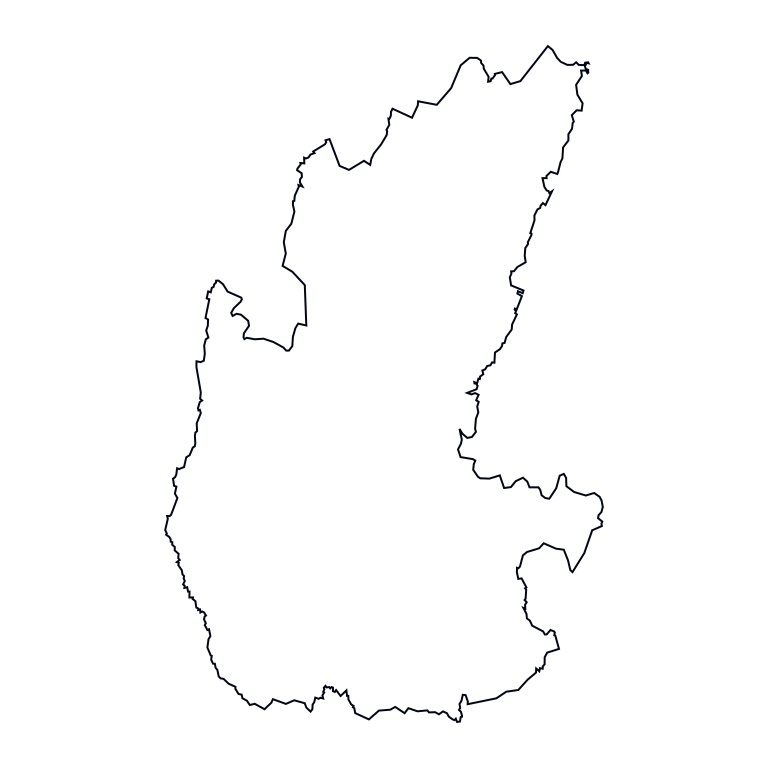 outline of Apatzingán, Michoacán, Mexico
{"feature_id": "50627088B48290747904109", "entity_name": "Apatzingán", "entity_type": "district", "adm_level": 2, "iso_a3": "MEX", "parent_name": "Mexico", "parent_adm1": "Michoacán", "projection": "equal_earth", "projection_center": [-102.377, 18.969], "detail": "fine", "context": "isolated", "style": "outline", "palette": "ink", "viewbox_px": 768, "rotation_deg": 0, "n_neighbors": 0, "source": "geoboundaries", "source_scale": "gbopen_adm2", "svg_char_len": 6085}
<svg xmlns="http://www.w3.org/2000/svg" viewBox="0 0 768 768"><path d="M572.5,572.1L584.3,553.1L592.2,530.3L601.9,526.0L601.4,523.8L602.3,521.6L598.0,518.1L598.6,515.1L601.4,512.1L602.8,507.0L601.6,500.6L599.7,496.9L594.2,493.0L585.8,495.5L574.1,492.0L566.4,486.2L566.1,477.8L563.8,473.9L559.7,475.7L556.2,488.3L549.3,498.7L545.2,498.0L541.6,495.2L540.2,489.8L538.4,487.3L529.5,487.3L527.3,481.6L523.0,477.7L515.7,481.2L510.9,487.1L504.1,488.0L499.8,475.4L489.4,478.6L480.3,478.3L478.0,476.8L473.2,469.8L473.8,464.2L475.3,460.6L472.8,459.1L460.6,457.1L458.0,449.4L461.0,443.6L461.8,439.6L459.5,428.9L462.6,433.9L467.3,437.9L471.9,437.0L475.9,431.9L475.1,428.7L475.9,418.9L478.3,412.4L477.2,406.5L478.7,401.9L476.2,400.2L478.6,394.8L475.1,393.1L471.4,394.4L467.2,392.9L476.6,389.2L477.6,385.8L475.8,383.4L474.5,383.4L474.3,382.1L477.1,383.3L478.4,378.7L479.8,379.0L480.1,376.5L483.3,374.2L482.4,370.5L485.2,369.3L487.2,366.0L490.4,365.3L492.1,362.4L494.4,362.7L495.0,352.5L499.9,349.2L502.0,346.1L502.4,343.4L504.6,342.9L506.2,337.0L511.7,329.5L512.1,324.5L516.9,314.4L515.2,313.1L516.1,311.0L514.6,309.6L515.0,308.6L516.6,309.7L521.9,296.1L517.4,293.6L518.0,291.2L522.7,293.2L523.5,290.5L511.1,285.4L509.8,277.3L511.4,273.7L511.1,271.4L514.0,271.2L517.4,267.0L525.7,262.2L524.7,255.9L525.3,248.1L528.1,243.9L527.8,242.3L531.4,235.0L531.5,233.6L530.3,233.1L534.5,220.3L534.4,215.5L537.4,209.5L540.2,207.9L540.6,205.7L542.9,203.1L545.5,205.1L552.0,191.3L549.4,193.1L548.5,191.1L546.6,190.4L544.4,186.9L542.5,178.1L546.6,178.1L546.5,175.9L550.8,171.8L557.3,174.0L558.0,172.3L560.6,162.0L562.4,158.5L563.1,147.4L568.4,140.5L568.4,134.2L572.0,128.8L572.7,123.1L573.8,121.6L571.8,115.2L576.6,110.3L581.6,110.6L582.6,103.3L577.4,94.7L576.1,84.8L581.9,76.0L581.1,70.6L586.0,70.5L587.5,73.3L588.3,72.6L588.1,69.8L585.8,68.9L584.9,66.2L586.8,62.8L588.6,63.3L588.1,62.3L585.1,62.7L584.6,64.7L582.9,65.1L578.8,64.9L576.1,62.3L573.1,64.8L567.4,64.9L560.7,61.8L557.1,57.9L552.6,50.0L547.9,46.1L520.4,81.1L510.4,84.1L502.1,72.1L494.8,73.9L495.0,75.1L492.6,78.5L491.4,78.5L490.6,81.2L488.1,81.7L488.6,76.8L483.8,68.7L483.5,65.6L481.2,63.0L480.9,60.5L477.2,57.9L469.6,57.8L460.7,65.3L451.2,88.0L436.8,104.8L418.1,101.3L417.8,105.4L412.0,117.7L392.5,108.7L391.0,111.9L390.8,115.9L389.3,119.0L388.4,118.7L389.3,124.8L386.5,129.9L387.2,131.3L386.6,135.2L381.1,144.4L373.9,153.5L371.3,159.0L370.2,164.9L364.0,160.8L349.0,169.9L339.6,165.9L329.5,139.1L325.5,140.3L326.2,142.2L325.1,144.2L313.2,151.5L314.5,153.1L310.6,154.5L308.4,157.5L305.9,158.5L304.1,157.7L304.3,163.4L300.4,163.0L300.7,164.4L297.4,168.7L297.1,170.2L301.7,173.3L301.9,177.0L300.1,179.2L299.9,182.5L302.4,186.5L298.5,185.1L298.9,186.5L294.8,195.7L294.3,200.9L293.1,201.1L292.9,204.8L294.4,211.6L291.3,223.8L285.8,230.9L283.8,242.3L285.8,253.5L282.6,265.9L292.3,271.7L304.8,285.1L306.3,325.5L298.2,323.6L295.4,328.1L292.9,336.9L292.3,346.1L288.9,350.6L286.2,350.6L283.4,347.5L273.4,342.0L263.5,338.7L254.8,339.3L246.8,337.8L244.4,339.1L243.5,337.3L243.9,333.3L249.0,325.9L248.2,320.8L241.0,314.7L236.6,313.8L232.6,315.9L231.2,312.9L233.8,308.2L240.7,301.6L241.8,299.4L241.4,297.7L227.6,291.6L223.0,284.2L218.5,280.6L216.1,280.7L216.0,282.6L214.1,284.5L213.7,286.8L211.8,287.8L210.8,292.3L208.2,291.4L206.7,298.4L209.3,299.3L205.5,318.0L208.1,319.5L207.8,325.8L206.2,330.5L208.4,337.6L205.8,339.3L204.2,345.5L204.8,353.8L203.8,360.7L200.7,362.1L196.5,361.3L196.4,366.9L200.8,392.5L200.1,398.7L202.1,400.5L199.8,402.1L197.9,408.3L198.5,410.4L199.8,409.8L200.8,413.0L196.7,423.4L197.1,431.1L195.4,432.6L194.9,435.9L195.3,443.5L194.8,446.3L192.8,447.6L189.7,455.1L186.2,457.4L184.1,467.0L179.0,469.1L177.1,468.3L176.3,474.6L175.0,477.3L173.0,478.7L174.1,485.8L176.4,486.6L174.9,493.6L177.4,498.0L171.1,514.8L169.6,516.1L167.1,516.0L167.8,518.8L165.2,530.1L166.8,533.4L166.1,534.7L169.2,536.9L170.6,539.0L170.7,541.7L172.3,542.2L172.2,544.7L174.8,547.0L174.7,550.4L178.6,553.8L178.2,558.1L179.7,560.0L176.8,562.1L178.8,563.0L178.3,565.2L181.8,570.2L182.5,574.4L184.1,576.1L183.7,578.5L184.8,581.0L183.1,584.4L184.6,585.6L184.4,587.9L187.2,587.2L188.0,591.5L189.5,591.5L189.4,597.5L192.9,597.4L192.6,598.9L195.4,601.2L196.3,607.5L198.4,608.6L198.2,610.0L200.1,609.5L200.4,612.5L202.2,611.5L204.1,612.5L206.0,615.5L204.7,616.4L204.0,619.3L205.8,623.2L204.8,625.1L207.4,630.0L209.0,629.3L210.4,636.1L208.5,639.2L207.4,647.5L210.7,655.4L211.7,655.8L211.2,659.8L213.1,663.7L214.9,663.8L215.6,667.7L217.4,670.0L218.7,676.4L220.5,678.3L223.6,678.9L228.6,683.7L235.4,686.8L235.4,688.9L238.5,693.9L241.7,694.7L242.4,698.2L246.9,700.7L249.8,705.0L254.7,703.8L264.5,709.2L271.4,702.7L272.9,699.2L285.9,703.9L294.2,700.3L304.7,703.2L306.4,707.6L310.6,711.6L312.4,709.2L312.6,704.7L314.3,702.0L315.3,697.6L318.7,698.8L320.4,697.8L323.2,698.5L322.4,695.5L324.2,692.4L323.2,691.8L324.3,689.4L323.8,687.8L325.5,685.9L326.4,687.4L329.2,687.1L330.2,688.4L331.5,687.1L333.0,687.6L333.0,691.2L334.9,691.9L336.1,690.1L340.6,696.0L346.4,690.4L347.0,695.9L348.3,695.9L348.4,699.4L351.2,704.4L353.6,706.0L352.9,707.2L354.3,708.2L355.2,713.1L368.9,719.4L378.9,710.6L390.3,709.7L395.2,706.9L404.6,713.2L408.4,708.2L417.5,711.3L427.4,710.4L429.0,712.4L435.2,712.2L438.9,714.3L443.0,711.4L446.9,713.2L448.8,716.6L452.6,719.4L454.5,720.1L455.8,718.7L457.0,721.9L459.9,721.6L460.7,717.1L462.0,716.7L462.0,715.6L460.9,711.7L459.0,710.0L460.2,707.9L459.5,704.1L461.5,700.7L462.8,694.8L465.6,695.1L467.8,701.4L467.7,704.2L496.4,698.3L506.3,691.7L518.3,690.0L527.7,679.6L536.0,672.6L536.2,668.5L539.3,671.3L539.9,668.2L542.7,668.7L542.8,666.3L544.6,664.4L544.7,657.2L547.2,652.6L559.0,648.9L555.3,635.6L554.3,635.2L554.8,632.4L554.0,631.4L550.5,630.0L546.7,634.4L544.9,634.5L543.1,631.4L532.2,625.7L529.9,620.7L526.9,618.4L526.5,614.0L523.4,607.9L525.3,608.7L525.1,604.6L526.7,602.2L524.6,600.0L525.6,598.8L526.2,589.6L525.1,588.3L526.4,587.4L521.6,578.4L518.3,578.9L516.9,572.3L517.0,567.8L518.4,568.3L520.0,566.5L522.9,555.4L527.0,552.0L539.1,548.3L543.7,543.3L556.1,548.7L563.8,549.7L568.1,560.6L570.3,570.0L572.5,572.1Z" fill="none" stroke="#020617" stroke-width="2"/></svg>